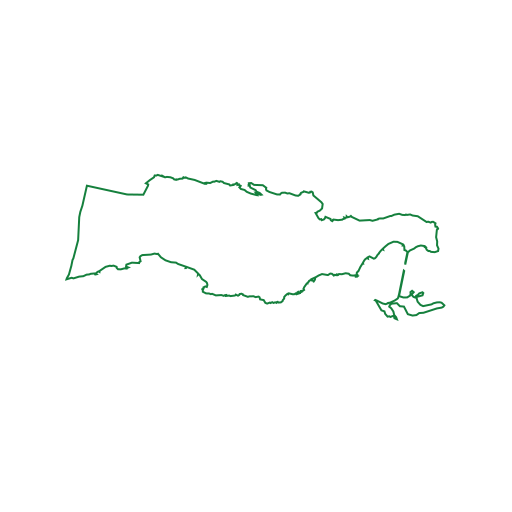 outline of Frosta nor, Nord-Trøndelag, Norway, rotated 223°
{"feature_id": "86288312B77000887435239", "entity_name": "Frosta nor", "entity_type": "district", "adm_level": 2, "iso_a3": "NOR", "parent_name": "Norway", "parent_adm1": "Nord-Trøndelag", "projection": "orthographic", "projection_center": [10.738, 63.607], "detail": "fine", "context": "isolated", "style": "outline", "palette": "green", "viewbox_px": 512, "rotation_deg": 223, "n_neighbors": 0, "source": "geoboundaries", "source_scale": "gbopen_adm2", "svg_char_len": 6142}
<svg xmlns="http://www.w3.org/2000/svg" viewBox="0 0 512 512"><g transform="rotate(223 256 256)"><path d="M385.0,245.8L384.3,244.0L385.4,239.1L386.1,234.1L383.6,234.8L382.9,233.7L380.2,224.0L392.2,213.1L427.6,192.1L417.3,174.4L414.6,168.5L411.8,163.9L396.9,146.3L387.9,129.6L387.5,128.0L384.3,122.8L380.2,114.9L379.2,110.8L378.7,109.7L376.0,114.3L374.2,115.2L371.3,120.3L368.5,123.5L367.2,126.8L365.4,128.8L364.8,130.2L362.3,133.0L361.0,132.8L360.4,133.6L360.2,133.9L361.1,133.8L361.3,134.4L361.0,136.5L360.6,137.4L359.6,137.6L360.2,138.4L358.6,145.5L356.2,149.3L355.1,149.9L353.6,151.8L350.6,153.0L349.8,152.3L347.9,152.2L345.8,154.0L343.8,157.2L341.9,158.7L342.1,159.4L341.6,160.5L343.8,159.6L344.9,161.3L342.2,166.5L336.7,171.1L337.2,171.8L336.8,173.4L340.2,175.7L340.4,177.0L339.8,179.1L333.8,185.4L331.9,188.5L329.5,190.1L329.2,190.8L324.7,190.2L319.3,191.1L313.9,193.5L310.0,196.6L307.6,197.0L299.9,200.4L299.6,200.4L299.2,199.2L299.0,199.4L299.5,200.6L291.8,203.9L286.3,203.7L285.7,202.8L285.7,203.6L284.0,203.6L279.8,202.3L274.7,203.1L273.4,202.8L271.8,201.7L270.9,199.8L272.3,199.2L273.0,197.2L272.4,196.9L272.0,195.8L273.3,194.7L272.1,195.2L270.5,193.6L267.0,194.6L264.7,196.6L263.0,197.3L262.3,198.4L258.5,199.8L254.7,203.8L252.4,204.9L252.0,206.2L251.1,207.3L250.5,206.9L251.1,206.4L250.8,206.2L248.6,208.8L247.4,209.2L244.7,212.4L244.2,213.4L244.4,214.0L242.1,214.7L241.7,216.1L242.0,217.0L240.9,218.5L239.4,219.0L238.8,218.6L234.1,220.6L233.3,222.0L230.3,224.9L228.3,225.6L226.4,228.1L225.2,228.2L223.4,227.1L220.3,229.0L217.2,228.1L215.4,228.8L214.1,231.4L213.3,231.5L212.6,233.3L211.2,233.6L210.4,235.2L209.1,235.7L209.3,236.6L208.9,237.3L207.9,237.2L206.2,239.0L205.8,241.1L206.3,242.0L206.4,244.1L207.4,245.2L207.5,247.1L207.2,249.8L206.3,250.0L206.5,251.1L203.0,253.1L201.9,254.2L201.5,255.6L200.4,255.5L199.9,256.4L200.9,256.1L200.5,257.4L200.9,257.6L200.7,258.6L199.1,258.3L198.5,259.0L198.8,259.4L198.4,260.5L199.3,260.3L199.5,260.8L198.0,262.6L197.7,264.0L198.9,264.4L199.5,266.1L200.1,270.4L200.0,271.1L199.6,271.2L200.0,272.1L199.9,273.3L200.2,274.0L199.8,275.4L198.0,276.5L199.6,277.0L198.2,280.4L197.2,279.4L196.6,277.9L196.6,276.9L196.9,276.1L196.4,276.6L196.7,278.5L197.0,279.3L198.0,280.6L196.9,284.5L195.4,287.8L190.4,291.1L189.7,293.8L188.3,294.8L185.8,294.8L185.9,295.6L184.4,296.6L184.6,297.0L184.4,297.7L183.2,297.7L183.0,298.2L183.3,298.5L183.0,299.4L180.8,301.2L178.7,304.5L176.1,306.3L173.9,306.2L171.6,307.9L170.3,309.5L169.0,308.8L168.0,309.8L167.9,310.7L168.7,310.4L168.6,311.1L168.9,311.4L170.1,311.5L170.9,312.6L171.0,314.1L170.7,314.5L172.2,319.2L172.9,322.8L172.4,323.4L173.1,323.7L173.8,326.6L173.9,328.3L173.5,330.2L172.4,330.5L173.4,331.2L172.7,333.1L168.0,334.4L167.4,335.6L167.4,337.4L167.9,339.9L167.8,341.8L168.1,342.2L168.3,345.1L168.2,347.2L167.5,347.4L168.2,347.8L167.9,351.4L167.4,355.1L165.2,360.2L162.2,362.8L156.6,364.7L155.9,363.7L155.6,364.1L155.9,364.5L155.6,364.7L154.0,364.0L151.5,361.6L150.3,362.2L147.9,362.2L142.3,352.9L141.0,351.5L147.4,362.2L147.2,365.0L145.4,369.3L145.1,371.4L144.3,373.5L142.6,376.1L139.4,378.3L138.5,378.3L138.9,377.9L138.7,377.6L137.7,377.9L135.4,377.0L133.3,377.2L132.4,378.1L130.8,378.4L127.9,380.7L126.2,383.8L127.5,385.8L130.9,387.3L133.4,390.2L137.1,392.6L141.5,398.4L141.8,399.3L141.4,399.7L141.6,400.3L143.6,400.8L144.8,399.9L146.3,401.0L147.0,402.3L149.8,401.8L150.7,400.8L151.0,399.6L153.5,398.5L154.4,397.2L164.8,395.4L169.1,392.4L171.6,391.5L173.7,388.9L174.6,388.6L174.9,387.6L177.1,385.8L180.1,384.5L183.0,380.6L184.3,377.5L185.1,376.8L188.5,370.3L191.4,367.5L192.0,366.4L191.8,366.0L194.8,361.2L197.3,359.9L204.4,352.5L212.6,349.9L213.9,350.0L214.0,349.1L215.4,346.8L216.7,346.8L216.1,346.1L216.2,345.5L216.7,344.7L217.6,344.3L216.7,343.8L217.7,341.9L217.7,341.4L220.4,338.2L224.3,335.4L224.4,334.9L224.0,334.5L224.0,333.5L225.7,333.2L226.8,333.9L231.9,332.0L231.3,330.5L231.3,329.0L232.4,327.0L233.5,327.4L234.3,326.3L236.1,326.3L241.8,328.1L241.0,329.3L241.3,330.3L240.3,332.6L240.1,335.8L242.7,339.5L244.8,339.9L255.3,339.4L257.9,341.2L259.3,341.0L260.1,340.0L259.7,339.5L260.4,338.3L265.1,335.9L265.0,335.4L266.1,332.9L266.0,331.8L265.5,331.4L266.2,328.8L268.4,327.2L274.4,324.7L275.7,323.1L277.9,322.2L280.1,320.0L280.5,318.5L280.4,317.3L282.7,315.3L289.8,312.0L293.1,311.1L294.4,311.8L295.0,312.9L299.3,312.4L305.9,306.7L309.3,306.1L310.7,304.5L309.8,304.1L310.2,303.3L309.9,302.9L309.2,303.1L309.1,302.6L308.4,303.1L306.9,302.2L301.2,303.9L299.5,303.4L296.3,304.6L293.8,304.6L294.3,303.9L298.9,301.9L296.6,301.3L297.0,301.0L302.4,298.1L306.6,296.6L309.4,296.5L312.8,294.7L315.0,294.9L314.9,296.5L315.1,296.9L316.7,296.3L317.3,296.7L318.1,295.3L319.2,296.4L319.9,296.3L320.5,293.6L321.4,292.8L321.1,292.4L323.0,289.9L324.4,290.1L329.2,287.5L331.1,287.5L333.1,286.3L333.3,285.3L336.2,283.9L337.3,281.7L338.1,281.2L339.3,278.1L342.3,275.8L342.7,275.2L341.6,275.7L341.5,275.0L342.8,273.8L352.7,269.8L358.6,266.3L361.0,265.6L361.2,264.7L362.8,264.1L362.8,263.7L362.4,263.4L362.5,262.5L364.5,260.4L365.4,258.6L366.4,257.8L366.2,257.4L366.4,257.2L368.1,256.2L369.6,256.3L372.3,255.2L375.1,253.1L376.2,251.5L378.3,251.0L377.9,250.8L383.2,248.3L383.7,246.9L385.0,245.8ZM122.1,301.8L118.4,301.4L117.4,302.8L116.1,303.1L115.1,305.3L114.1,306.1L112.3,304.9L109.8,305.8L111.8,306.8L114.7,307.1L117.7,309.1L121.5,310.0L124.0,309.8L124.6,311.4L124.4,313.5L120.8,317.6L116.5,317.4L113.3,319.9L105.3,317.0L100.9,319.2L98.4,322.2L97.7,325.6L94.8,328.7L87.9,341.1L85.0,344.9L84.4,346.7L84.6,348.4L88.4,348.4L89.9,347.6L92.0,345.5L94.0,342.4L94.6,340.4L99.6,333.3L102.4,332.4L106.6,332.8L109.4,334.4L110.3,335.5L110.5,336.9L109.6,337.2L107.4,340.8L108.4,343.0L109.5,343.0L111.1,340.0L111.1,337.8L111.7,336.2L111.4,334.1L113.0,333.5L115.2,333.7L115.9,334.3L116.0,337.1L118.1,337.0L118.4,334.9L117.2,333.9L116.3,332.1L117.2,328.8L119.9,326.2L123.7,324.4L124.3,324.6L137.4,346.1L137.9,346.1L125.3,325.6L123.5,322.2L123.4,321.4L124.2,318.0L125.9,313.9L127.1,311.6L128.2,312.2L127.2,311.6L128.3,309.2L130.9,307.7L137.3,305.8L138.8,305.2L138.8,304.8L138.1,305.1L127.2,301.8L124.3,303.1L122.1,301.8Z" fill="none" stroke="#15803d" stroke-width="2"/></g></svg>